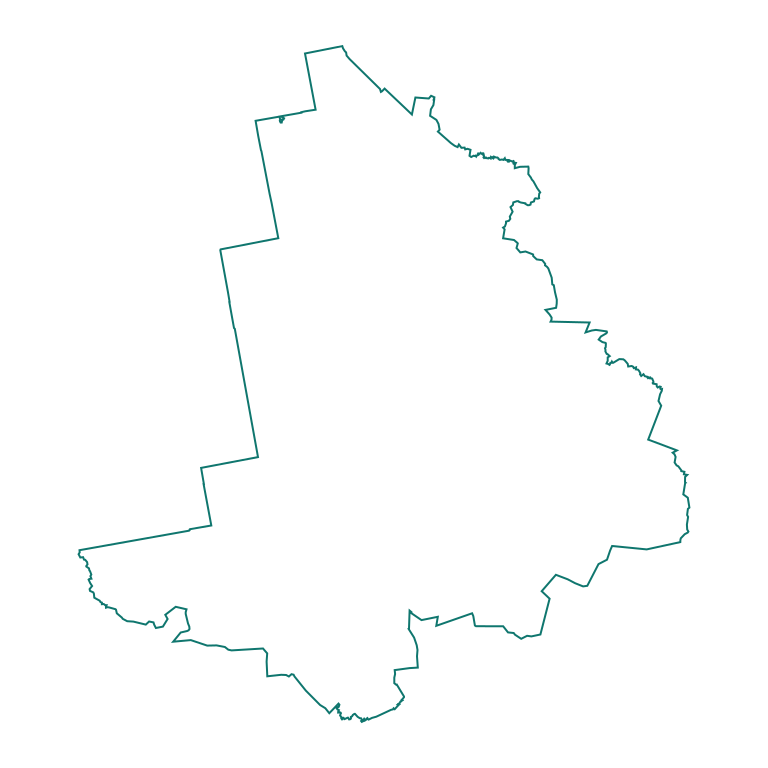 the district of Alsungas pag., Alsungas, Latvia
{"feature_id": "27541924B56000157761411", "entity_name": "Alsungas pag.", "entity_type": "district", "adm_level": 2, "iso_a3": "LVA", "parent_name": "Latvia", "parent_adm1": "Alsungas", "projection": "mercator", "projection_center": [21.563, 56.984], "detail": "fine", "context": "isolated", "style": "outline", "palette": "teal", "viewbox_px": 768, "rotation_deg": 0, "n_neighbors": 0, "source": "geoboundaries", "source_scale": "gbopen_adm2", "svg_char_len": 6070}
<svg xmlns="http://www.w3.org/2000/svg" viewBox="0 0 768 768"><path d="M380.0,89.0L349.7,59.2L346.6,55.6L346.1,52.4L344.9,51.3L343.0,48.3L342.3,46.1L305.0,53.5L315.6,109.7L305.2,111.3L301.3,112.2L301.4,112.7L280.8,116.3L284.1,118.3L283.4,119.6L282.3,119.6L281.7,122.5L280.6,122.5L280.0,121.4L279.8,120.3L280.5,119.4L279.9,118.7L279.7,117.4L279.0,116.7L255.6,120.8L258.2,135.9L261.0,150.3L261.4,151.0L269.6,193.8L271.6,203.0L278.3,238.2L220.6,249.4L220.3,250.2L228.0,292.4L229.6,301.9L229.3,302.0L232.1,317.6L234.0,328.0L234.8,328.8L258.0,457.1L201.1,467.9L203.9,484.1L203.6,484.1L211.3,525.5L189.9,529.2L189.6,529.5L189.6,530.3L189.0,530.7L79.5,550.2L79.7,552.4L78.6,554.2L80.3,557.5L83.1,557.2L84.0,559.6L85.2,559.8L87.1,562.1L87.5,564.4L86.3,566.0L86.3,566.5L89.0,568.4L89.4,570.5L90.0,571.1L91.3,574.6L90.4,576.1L91.4,578.7L89.3,579.0L88.6,579.6L90.2,583.1L92.1,586.0L89.6,589.1L90.0,590.9L93.3,592.4L93.9,593.7L94.3,597.7L99.7,600.7L100.5,602.1L101.9,602.6L101.9,604.2L103.7,604.0L105.1,605.1L106.6,605.2L105.9,606.8L106.0,607.7L107.3,607.2L109.0,607.4L115.5,609.2L116.0,609.7L116.8,613.3L121.9,617.6L122.7,618.8L127.2,621.2L133.4,621.6L145.8,624.6L149.1,621.5L153.5,622.4L154.2,624.7L155.9,628.0L162.9,626.6L167.6,619.0L165.3,614.8L175.7,606.8L186.5,609.3L185.7,612.1L185.7,613.9L188.0,623.4L189.3,626.6L189.5,629.0L188.6,630.3L187.2,631.0L180.7,632.5L173.2,641.7L190.8,640.1L207.2,645.6L216.6,645.4L224.9,647.0L228.3,649.7L231.6,650.4L263.0,648.5L267.2,653.4L266.6,661.6L267.3,676.3L281.2,674.8L286.1,675.0L288.9,676.5L291.5,674.2L293.6,674.7L294.5,676.5L305.8,690.6L320.1,705.0L325.3,708.2L329.3,713.2L338.5,703.6L339.4,704.7L338.7,706.9L338.1,707.3L336.9,706.8L336.4,707.9L337.5,709.5L338.9,710.1L338.1,712.0L338.2,712.6L339.6,712.2L340.7,712.7L340.9,713.3L340.4,713.9L340.4,714.9L340.1,715.5L341.3,717.1L341.2,718.1L342.0,719.4L342.4,719.3L342.5,718.0L343.0,717.7L343.5,717.8L344.6,719.1L347.6,717.7L348.1,717.7L349.1,719.4L350.2,719.2L350.9,718.6L350.9,716.9L352.1,716.3L352.9,714.9L354.4,713.9L355.0,713.9L357.6,716.8L359.8,718.2L361.1,718.3L362.0,719.9L361.1,721.0L361.8,721.9L363.7,720.9L363.5,719.7L364.2,718.7L365.1,719.7L364.6,720.3L364.8,720.6L366.4,719.5L366.7,718.6L367.4,718.1L368.0,719.2L368.6,719.6L372.0,717.9L376.3,716.7L391.1,709.8L392.9,709.4L393.6,708.3L394.7,709.2L398.1,705.5L397.7,705.0L398.5,704.9L398.3,704.0L399.6,703.9L399.4,703.1L400.6,701.4L401.1,701.4L401.4,700.5L401.7,700.8L402.5,700.3L401.9,699.8L404.0,697.2L404.0,696.5L396.8,684.6L396.3,684.8L394.3,683.2L394.3,677.6L395.1,674.0L394.7,670.1L409.5,668.1L417.8,667.6L417.0,656.3L417.5,650.0L416.7,645.2L414.1,637.6L408.6,628.9L409.0,628.7L409.6,610.6L411.5,612.2L411.4,613.2L421.5,620.1L437.8,616.8L436.3,625.8L472.1,613.3L473.3,616.1L474.9,625.5L476.0,626.2L503.2,626.3L508.0,632.4L513.7,633.0L515.0,634.7L521.2,638.8L527.1,635.8L531.4,636.4L540.4,634.5L549.6,598.7L541.7,591.2L555.9,574.8L567.7,579.3L575.1,583.2L583.1,586.4L587.3,585.8L598.5,564.1L607.0,559.7L610.1,550.6L612.1,546.0L646.7,549.4L680.3,542.1L680.4,539.9L680.8,538.3L684.7,534.2L687.7,532.6L688.4,531.6L687.2,529.5L686.9,524.6L688.1,516.9L687.1,515.0L687.9,508.9L689.4,507.6L687.8,497.7L683.3,494.4L685.2,482.7L685.5,482.6L685.0,482.1L685.1,476.9L687.2,474.9L683.9,474.3L684.4,471.8L681.3,471.1L681.3,470.3L678.3,466.3L676.6,465.4L674.6,462.5L675.6,456.9L674.5,454.3L672.7,452.7L676.9,450.4L648.2,439.6L661.2,405.7L658.5,401.0L660.1,394.2L661.8,390.8L662.0,389.1L661.2,389.4L660.3,388.7L660.7,386.8L659.6,386.5L657.7,387.5L656.8,386.4L656.6,384.2L653.0,383.6L652.7,383.0L653.4,382.2L653.4,381.5L652.2,378.6L650.8,378.3L650.3,377.4L649.8,377.5L649.6,378.1L649.1,377.7L648.0,378.2L647.3,377.3L647.5,376.8L644.8,376.2L643.5,374.2L641.2,376.0L640.0,374.2L640.4,373.3L639.0,370.8L637.9,369.6L635.8,369.4L636.0,367.4L633.8,368.1L633.1,366.7L631.7,366.0L628.2,366.5L627.7,363.8L624.7,360.3L623.3,359.3L619.3,359.1L613.2,362.8L612.7,362.8L611.9,361.6L611.4,362.8L610.4,362.8L609.8,364.6L609.5,364.9L608.2,364.0L606.5,363.5L607.7,360.8L607.7,357.4L609.7,356.1L607.5,354.1L606.7,353.9L605.4,351.4L605.5,349.9L605.0,348.2L605.7,347.2L605.9,343.7L605.6,342.9L602.4,342.1L598.7,339.6L600.9,336.5L606.4,333.3L607.0,332.3L606.7,331.4L595.9,329.9L591.8,330.5L585.6,332.4L589.6,322.5L550.6,321.6L551.5,319.7L551.6,317.6L549.6,314.5L545.5,309.9L556.1,307.8L556.7,303.7L556.8,299.7L555.0,292.2L553.8,285.2L552.3,284.4L551.7,277.7L548.3,268.4L547.0,266.8L545.0,265.3L545.2,263.9L542.3,260.2L536.7,259.4L533.2,256.1L533.1,254.5L532.7,254.3L525.5,251.5L520.3,252.4L516.5,248.0L517.8,243.4L517.6,243.1L514.0,240.0L503.1,238.3L504.6,229.4L503.1,227.6L504.9,226.5L506.0,223.4L506.0,221.6L508.9,220.8L510.3,218.8L509.8,216.6L512.6,211.7L510.5,207.1L512.9,205.0L513.3,202.4L516.9,201.2L518.5,201.2L518.9,201.8L520.8,202.5L525.3,203.3L525.3,203.8L527.7,205.2L529.0,205.2L530.5,204.6L530.9,202.5L534.0,201.4L534.5,199.2L535.3,198.3L537.8,198.7L539.1,198.2L538.9,196.7L539.2,193.7L540.2,192.4L537.2,188.2L533.4,181.3L531.8,179.5L530.9,177.6L528.3,174.1L528.6,168.1L528.3,166.6L520.0,166.8L514.8,168.2L514.8,165.1L515.9,162.9L514.6,162.7L513.5,163.5L513.3,163.0L513.7,161.3L513.5,161.0L512.3,161.5L509.8,160.5L509.1,161.6L508.0,161.7L507.6,161.3L508.2,160.0L505.4,159.9L504.8,158.2L503.4,159.9L502.0,159.5L499.8,159.9L498.6,159.1L498.6,158.6L497.5,157.5L496.0,157.5L493.7,156.5L493.2,156.8L493.7,158.1L493.4,158.5L491.0,156.9L490.7,158.5L489.7,157.9L488.8,157.9L488.4,158.4L486.8,158.2L486.4,157.7L485.7,158.0L485.2,157.5L484.1,158.1L483.5,157.4L484.0,156.4L483.9,155.5L483.3,155.0L483.7,154.6L483.4,153.4L483.0,153.2L481.6,153.8L480.6,152.8L479.5,153.9L478.2,153.4L477.8,154.1L478.2,155.0L476.6,155.7L476.2,156.5L475.6,155.7L475.1,156.1L473.7,155.7L471.2,157.0L469.5,155.8L470.5,149.8L467.5,148.8L465.2,149.4L464.6,147.6L461.4,147.8L458.9,144.5L457.6,147.1L454.7,145.8L450.8,143.0L437.9,131.6L439.6,129.7L438.5,123.9L436.4,119.9L430.1,115.8L430.9,109.3L433.4,105.1L434.2,99.5L433.7,99.5L434.4,97.3L431.1,95.8L428.8,98.5L415.4,97.5L411.9,114.5L384.6,88.6L382.1,91.2L380.9,91.9L380.0,89.0Z" fill="none" stroke="#0f766e" stroke-width="2"/></svg>